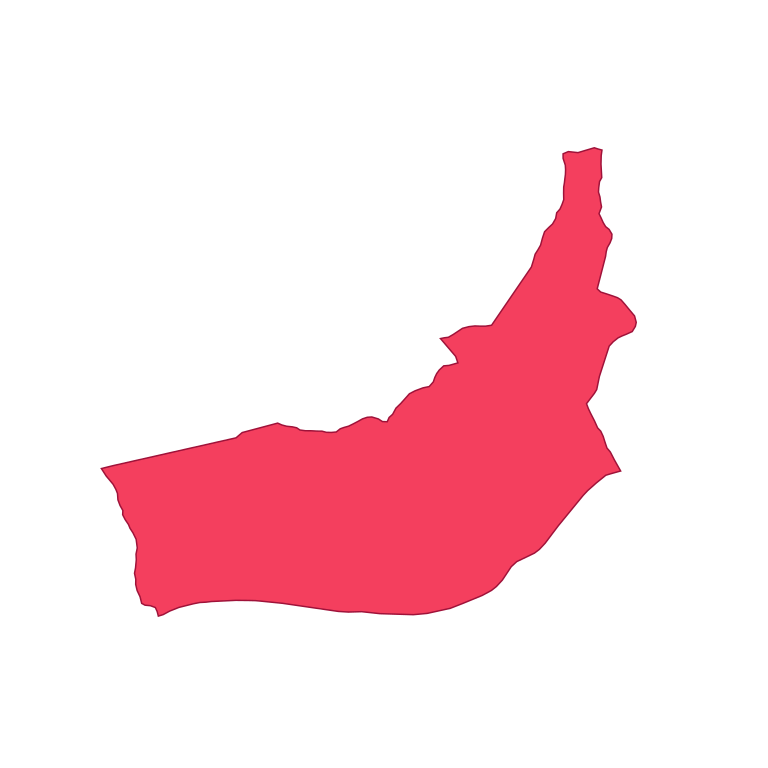 Ilha Solteira, São Paulo, Brazil (Albers equal-area conic projection), rotated 195°
{"feature_id": "56859067B71578707169668", "entity_name": "Ilha Solteira", "entity_type": "district", "adm_level": 2, "iso_a3": "BRA", "parent_name": "Brazil", "parent_adm1": "São Paulo", "projection": "albers", "projection_center": [-51.268, -20.481], "detail": "fine", "context": "isolated", "style": "filled", "palette": "rose", "viewbox_px": 768, "rotation_deg": 195, "n_neighbors": 0, "source": "geoboundaries", "source_scale": "gbopen_adm2", "svg_char_len": 2643}
<svg xmlns="http://www.w3.org/2000/svg" viewBox="0 0 768 768"><g transform="rotate(195 384 384)"><path d="M270.6,652.7L269.4,648.3L265.5,642.3L264.1,638.1L263.0,633.3L262.4,628.9L261.8,624.9L261.4,620.8L259.9,614.8L258.1,608.6L258.5,603.5L259.3,598.5L261.5,594.1L261.0,588.3L262.6,582.2L265.3,577.9L268.3,572.7L268.7,566.1L268.7,558.6L270.0,553.6L271.6,548.5L271.6,543.2L271.9,535.2L295.3,468.6L301.0,466.1L305.9,464.8L311.2,463.6L316.8,461.4L322.6,458.1L330.0,449.7L333.9,445.8L337.6,444.3L341.2,442.5L321.9,429.2L318.1,423.5L326.0,418.8L331.0,417.0L334.2,411.9L335.8,407.7L336.6,403.5L336.9,398.8L339.7,393.2L345.3,390.4L352.3,385.4L356.9,381.2L360.1,374.8L362.9,369.3L366.2,363.8L367.8,357.0L370.4,353.0L371.1,348.4L375.8,347.3L380.4,348.8L387.2,349.0L391.6,347.5L395.7,344.8L399.4,341.2L403.3,337.6L407.3,334.1L411.5,331.6L414.7,329.4L417.7,325.3L422.3,323.6L427.2,322.4L431.6,322.4L436.4,321.2L442.1,320.0L447.9,318.5L453.3,317.8L457.0,319.1L461.4,318.9L467.1,318.0L472.1,318.0L476.6,318.7L508.4,300.4L510.8,296.9L513.0,293.7L624.4,235.1L635.1,229.2L628.5,223.2L623.5,219.7L619.7,217.0L615.7,212.8L613.1,209.3L611.0,203.2L607.5,198.3L603.5,194.2L602.6,190.1L598.9,186.0L594.4,182.1L592.0,178.9L587.9,175.2L583.2,169.8L579.9,161.8L579.5,155.5L577.8,150.2L576.4,142.0L576.0,136.6L573.2,131.1L572.0,126.2L569.0,120.6L564.6,115.4L561.3,109.4L557.6,108.5L552.2,109.4L547.0,108.9L544.2,105.5L541.9,101.4L537.6,104.1L532.2,109.2L524.3,115.1L511.2,122.4L505.3,125.3L499.5,127.2L494.5,129.2L471.1,136.7L458.6,139.9L452.0,141.5L448.0,142.2L425.3,145.9L369.3,152.5L359.4,154.5L346.7,158.3L328.6,161.1L295.9,168.8L282.9,173.6L261.9,184.5L250.9,192.6L234.4,205.2L226.7,212.5L223.0,217.5L218.9,225.3L213.8,240.5L209.8,246.8L194.9,259.6L191.1,264.5L187.1,272.0L183.2,281.7L178.9,292.3L162.8,327.9L159.7,333.7L153.3,343.4L146.1,353.3L142.4,355.6L138.2,358.1L132.9,361.2L142.0,370.5L147.8,376.9L152.1,379.9L155.8,385.5L158.7,390.1L162.4,394.5L166.3,396.9L171.1,402.8L176.9,409.2L180.2,413.1L183.3,417.4L180.6,424.0L178.4,429.3L177.1,433.7L177.9,447.1L176.3,478.9L173.5,484.2L169.8,489.2L166.4,492.1L162.8,494.8L157.8,498.9L156.1,504.7L156.3,508.8L159.6,514.6L165.6,518.8L171.6,523.1L176.8,526.6L180.7,527.8L185.4,528.2L191.8,528.6L198.5,528.9L202.7,531.1L203.0,564.6L203.6,569.4L203.6,573.6L202.2,578.9L201.7,583.5L202.6,587.7L206.6,591.6L210.7,593.4L214.1,596.7L217.2,600.5L220.4,604.2L219.7,611.3L221.8,615.7L223.8,620.5L226.5,624.9L227.4,629.3L228.2,635.3L227.1,639.7L228.6,644.3L231.3,652.5L233.3,660.8L234.0,666.4L237.9,666.4L242.0,666.6L249.7,661.9L256.5,657.7L266.1,656.2L270.6,652.7Z" fill="#f43f5e" stroke="#9f1239" stroke-width="1.5"/></g></svg>